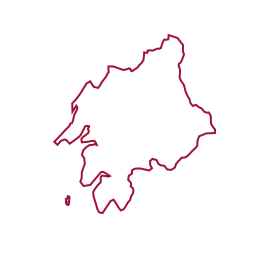 SVG path tracing the border of North Jeolla, rotated 319°
{"feature_id": "KOR-2499", "entity_name": "North Jeolla", "entity_type": "Province", "adm_level": 1, "iso_a3": "KOR", "parent_name": "South Korea", "parent_adm1": "", "projection": "orthographic", "projection_center": [126.968, 35.705], "detail": "fine", "context": "isolated", "style": "outline", "palette": "rose", "viewbox_px": 256, "rotation_deg": 319, "n_neighbors": 0, "source": "natural_earth", "source_scale": "10m", "svg_char_len": 2852}
<svg xmlns="http://www.w3.org/2000/svg" viewBox="0 0 256 256"><g transform="rotate(319 128 128)"><path d="M53.1,175.5L51.5,173.7L50.9,172.2L51.8,168.8L53.8,164.7L57.0,157.3L59.7,153.5L63.4,152.2L67.8,151.3L71.4,151.1L73.1,149.8L74.8,147.4L77.1,146.8L79.2,149.2L81.3,151.8L82.8,152.3L81.3,147.0L80.3,144.6L78.5,143.6L62.1,146.2L56.4,142.6L56.7,138.8L56.8,137.2L59.5,135.9L61.9,133.6L64.1,131.1L67.6,129.1L71.9,126.7L75.1,122.2L75.6,118.0L77.4,116.9L78.7,116.1L79.4,115.5L83.6,115.1L87.6,115.6L90.2,117.6L92.0,118.1L93.3,120.2L93.7,119.0L94.1,117.4L94.3,115.7L92.8,114.5L91.7,113.7L89.5,112.6L87.0,110.9L85.0,109.4L83.9,108.8L84.2,107.6L85.2,106.3L86.1,105.5L87.2,105.3L93.6,105.7L95.0,105.6L96.1,105.0L96.8,103.7L97.0,102.7L97.6,102.0L99.2,101.7L99.7,101.2L99.1,100.2L97.9,99.1L96.5,98.6L96.1,98.9L87.7,102.3L84.8,102.5L79.2,102.1L73.7,101.6L73.7,99.2L73.3,95.8L72.3,94.9L68.8,93.7L63.8,94.4L63.3,90.1L73.7,89.1L79.4,88.4L85.2,88.0L87.0,86.9L89.0,87.5L91.4,86.3L95.7,83.1L101.1,80.9L103.3,79.3L103.6,77.2L96.8,79.3L102.0,72.9L107.5,72.3L114.0,70.9L125.9,67.2L130.1,68.0L129.1,74.3L131.6,78.1L135.0,77.5L138.2,76.2L144.5,75.0L146.2,74.4L147.8,73.6L150.2,73.1L151.8,70.7L153.7,68.7L157.4,72.0L162.6,81.3L166.4,83.2L167.9,83.6L168.6,85.0L167.8,86.6L168.3,87.8L175.0,88.6L177.5,88.0L180.8,87.8L184.3,86.8L187.0,84.4L189.8,81.6L190.7,82.8L191.8,83.8L192.8,83.5L193.5,82.5L195.5,83.7L197.2,85.7L202.4,87.4L203.5,88.7L205.3,89.2L209.0,86.9L213.2,85.0L214.9,86.6L216.6,87.5L218.1,86.1L219.6,84.5L224.4,92.5L223.9,101.6L219.7,106.2L218.6,109.2L212.9,112.3L210.1,113.2L208.5,113.0L207.4,113.8L205.3,118.5L202.8,121.1L200.2,123.5L198.9,127.2L198.6,131.6L197.2,134.8L195.4,138.2L194.1,142.5L193.1,147.0L191.5,150.3L191.4,153.9L194.4,155.1L194.8,156.7L195.1,158.5L196.4,161.8L196.2,165.5L197.4,168.1L199.1,169.2L198.4,173.2L193.6,179.0L192.8,182.8L192.7,186.3L190.3,188.8L183.6,183.5L176.2,180.9L172.0,183.3L168.6,186.9L165.0,187.4L161.1,187.5L156.9,188.1L152.6,188.0L150.6,186.9L148.8,185.5L146.8,186.0L144.4,186.0L140.9,186.6L137.5,188.6L133.2,188.0L130.4,185.0L130.6,180.3L128.2,177.6L127.5,175.0L128.5,170.9L126.2,167.3L122.7,167.5L121.9,168.9L120.8,170.0L120.0,171.9L119.8,174.0L116.2,174.0L110.7,166.6L107.2,163.7L105.1,162.8L103.0,162.7L101.1,165.0L97.2,164.6L94.2,167.2L94.2,169.1L94.3,171.1L93.3,172.7L91.8,173.7L91.9,175.3L92.1,176.7L91.1,178.7L89.6,180.1L87.7,181.0L85.7,181.6L84.0,182.6L82.4,183.7L78.5,184.3L74.9,185.6L71.4,186.5L68.5,185.5L68.7,181.6L69.4,177.8L70.1,172.6L66.8,171.7L55.5,174.8L53.1,175.5L53.1,175.5ZM32.5,146.9L32.0,146.4L31.6,145.4L31.9,144.5L33.1,143.9L32.9,143.7L32.4,143.3L32.6,143.0L33.3,142.6L33.7,142.0L34.4,141.9L34.8,141.7L34.6,140.9L35.1,140.9L36.4,141.2L37.3,140.5L37.8,140.0L38.3,140.4L38.5,141.3L38.1,142.3L35.9,144.1L34.5,145.7L33.6,146.4L33.2,146.8L32.5,146.9Z" fill="none" stroke="#9f1239" stroke-width="2"/></g></svg>